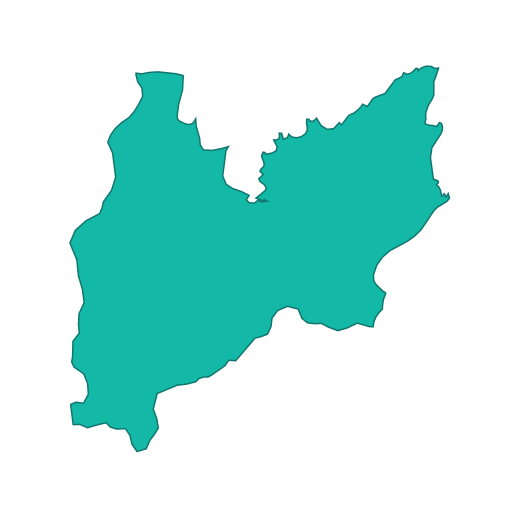 the Province of Burgas, rotated 276°
{"feature_id": "BGR-2254", "entity_name": "Burgas", "entity_type": "Province", "adm_level": 1, "iso_a3": "BGR", "parent_name": "Bulgaria", "parent_adm1": "", "projection": "natural_earth1", "projection_center": [27.462, 42.445], "detail": "fine", "context": "isolated", "style": "filled", "palette": "teal", "viewbox_px": 512, "rotation_deg": 276, "n_neighbors": 0, "source": "natural_earth", "source_scale": "10m", "svg_char_len": 3354}
<svg xmlns="http://www.w3.org/2000/svg" viewBox="0 0 512 512"><g transform="rotate(276 256 256)"><path d="M333.7,442.4L330.1,440.0L323.6,431.4L319.5,428.1L299.5,417.5L292.9,412.1L286.9,405.5L275.4,388.7L268.0,381.8L259.3,377.0L249.7,374.8L243.8,375.6L240.3,378.2L234.3,385.8L233.6,387.2L233.3,388.4L232.2,388.9L225.6,387.2L219.5,387.0L216.4,387.2L212.2,384.0L207.6,381.5L202.7,380.1L197.9,380.0L197.9,379.9L197.6,376.4L199.8,363.7L194.1,354.4L190.3,345.2L192.9,335.2L195.8,328.1L194.9,322.2L194.9,314.3L198.6,308.4L207.6,303.5L209.3,292.7L204.1,283.3L195.9,278.4L187.4,278.3L179.5,275.6L176.5,269.8L174.3,263.7L149.7,246.7L149.5,239.8L143.7,236.6L133.0,224.3L130.7,221.1L130.2,216.7L128.2,212.2L124.6,209.2L121.4,200.5L119.2,190.9L108.9,172.1L93.0,169.8L84.0,174.2L74.6,176.8L68.0,173.6L61.4,169.6L52.8,167.0L49.1,158.1L55.9,152.3L64.4,149.4L70.7,144.2L69.3,135.7L70.5,129.3L74.5,124.3L71.4,115.5L67.6,106.4L70.1,98.5L69.2,91.8L89.0,87.2L91.8,92.3L91.5,99.9L101.0,103.7L111.6,101.9L120.8,97.0L126.6,86.6L131.3,83.8L136.7,84.1L152.1,82.9L160.7,88.3L169.6,86.6L180.3,86.1L191.7,90.0L204.9,86.8L217.6,81.5L233.3,78.3L249.5,69.6L262.6,73.6L273.3,83.3L281.8,96.0L287.6,97.9L293.9,98.6L306.3,105.5L319.7,108.2L343.6,102.6L353.7,96.7L361.1,98.8L368.1,102.7L374.6,108.4L380.4,115.3L387.5,120.1L395.1,123.7L403.0,126.6L411.1,125.0L416.8,120.2L423.4,117.8L425.3,117.6L425.2,123.2L427.4,130.6L428.9,139.6L428.9,156.0L428.3,162.4L427.6,164.8L413.7,165.6L399.1,163.2L387.1,162.9L384.3,163.4L382.3,165.5L380.5,170.3L379.7,174.0L380.0,177.1L381.9,179.7L386.1,181.7L378.9,182.9L367.0,187.7L360.9,188.8L355.9,192.7L356.5,201.7L359.5,211.3L361.9,217.1L357.5,215.1L332.1,214.5L324.2,218.8L320.6,225.8L318.7,234.3L315.6,242.8L310.8,240.5L308.2,243.8L308.4,248.9L311.7,252.2L310.7,254.5L310.5,256.3L311.7,261.5L312.5,259.0L312.9,258.5L312.7,258.5L311.7,257.1L313.6,250.0L322.1,258.4L324.9,259.2L328.2,256.3L330.4,252.3L333.1,250.7L337.9,254.7L340.4,251.2L342.7,251.6L344.9,253.6L347.0,254.7L350.9,253.7L353.5,252.1L356.2,251.1L360.0,252.2L359.9,253.9L359.6,254.3L359.1,254.2L358.2,254.7L359.8,260.6L362.5,264.9L366.7,265.7L373.2,261.5L373.7,264.8L375.2,266.5L377.6,266.9L380.6,266.2L380.6,268.8L379.1,269.2L374.9,271.1L376.9,274.5L378.1,275.3L380.6,275.8L378.1,279.2L377.8,283.9L379.4,288.7L382.5,292.2L386.5,293.8L389.7,293.4L393.0,292.4L397.4,292.2L397.4,294.3L395.8,296.2L395.8,298.1L397.0,299.9L399.4,301.8L392.6,307.0L389.4,313.4L390.7,319.8L397.4,325.0L396.2,325.9L396.1,326.2L395.6,327.5L405.4,333.5L406.9,335.7L408.2,338.2L411.3,341.5L415.0,344.6L418.1,346.2L417.5,347.4L416.8,350.1L416.2,351.1L424.3,355.5L426.4,357.9L431.1,367.3L445.8,376.1L447.6,379.4L449.9,382.6L453.7,383.7L452.5,387.5L453.9,390.7L456.5,393.3L459.3,395.4L459.4,397.2L459.0,397.6L458.3,397.6L457.4,398.0L460.5,401.1L462.6,405.5L462.9,410.3L461.2,414.4L462.0,417.9L452.2,415.8L448.1,414.6L434.8,416.0L431.1,415.0L423.8,411.6L417.1,410.0L414.6,409.9L409.4,410.7L408.3,410.3L407.2,410.1L406.1,410.3L405.0,410.7L404.2,414.1L404.2,418.8L403.6,422.2L407.9,424.6L407.1,426.7L403.6,428.0L400.1,428.1L396.4,426.9L382.1,419.6L372.1,419.2L350.9,424.4L350.2,427.8L349.3,429.5L347.8,429.5L345.8,428.1L343.5,430.8L340.8,432.5L334.9,434.5L335.3,435.3L336.0,435.8L336.9,436.2L337.6,436.7L336.7,437.5L335.1,438.3L334.4,439.0L338.2,440.6L333.7,442.4Z" fill="#14b8a6" stroke="#0f766e" stroke-width="1.5"/></g></svg>